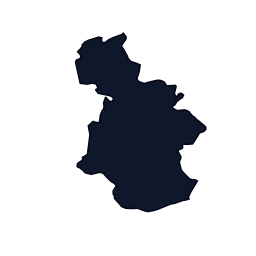 Hihya, Ash Sharqiyah, Egypt (Albers equal-area conic projection), rotated 50°
{"feature_id": "37247803B80618316463204", "entity_name": "Hihya", "entity_type": "district", "adm_level": 2, "iso_a3": "EGY", "parent_name": "Egypt", "parent_adm1": "Ash Sharqiyah", "projection": "albers", "projection_center": [31.584, 30.652], "detail": "fine", "context": "isolated", "style": "filled", "palette": "ink", "viewbox_px": 256, "rotation_deg": 50, "n_neighbors": 0, "source": "geoboundaries", "source_scale": "gbopen_adm2", "svg_char_len": 2972}
<svg xmlns="http://www.w3.org/2000/svg" viewBox="0 0 256 256"><g transform="rotate(50 128 128)"><path d="M221.6,126.8L219.8,126.3L217.3,120.9L213.2,108.9L211.0,109.7L210.1,110.6L209.7,111.0L208.8,112.3L206.1,113.6L200.7,114.0L196.9,114.3L195.6,114.2L194.3,114.2L186.9,110.5L185.3,107.3L184.0,106.0L179.4,105.0L177.4,104.5L177.5,104.1L177.5,102.7L178.4,99.7L178.4,99.2L177.1,97.9L175.9,97.0L175.9,96.6L175.9,96.1L179.0,92.6L179.9,91.3L181.7,88.7L178.8,79.3L178.0,77.6L178.1,74.9L178.5,74.5L179.4,71.8L179.0,69.2L178.7,68.9L177.7,68.3L176.9,67.8L174.3,68.2L170.7,69.0L169.4,69.0L166.4,69.8L165.4,69.9L162.8,70.1L159.3,70.9L156.3,70.9L154.5,70.8L151.9,72.1L151.0,72.5L150.5,73.1L149.6,74.2L147.8,76.9L146.5,79.0L144.6,79.8L141.6,81.1L140.8,80.2L139.5,79.3L140.4,77.6L139.2,74.0L139.2,73.1L139.2,69.6L139.7,66.9L138.8,64.9L138.5,64.3L136.3,64.7L135.0,65.5L134.5,67.7L135.7,70.4L134.0,70.8L132.2,70.7L130.5,69.4L130.2,68.8L130.1,68.5L127.1,64.4L126.3,64.4L125.8,64.4L124.9,65.3L124.5,66.1L120.4,71.4L118.2,70.9L115.6,70.8L112.5,72.5L110.7,74.2L107.6,79.9L104.4,86.9L99.5,89.9L96.4,89.8L94.7,87.6L92.2,83.5L87.5,78.1L87.0,78.5L85.4,79.1L84.8,79.4L83.5,80.2L80.8,81.9L79.5,82.8L77.3,83.2L74.7,83.1L72.1,82.2L69.5,81.7L64.7,80.7L62.1,80.6L61.2,80.6L60.4,78.8L59.5,76.1L58.7,72.6L57.0,70.8L52.3,70.7L52.6,72.0L51.2,75.9L50.3,78.6L49.4,80.8L48.0,86.0L47.9,89.1L47.5,91.4L47.4,91.8L44.8,92.6L43.5,91.7L42.2,90.3L41.7,91.6L41.3,90.7L40.1,91.6L39.5,92.0L36.8,98.6L35.4,101.7L34.9,103.9L34.4,105.6L34.5,106.3L34.8,109.6L36.1,110.5L36.2,110.9L36.9,114.1L36.9,115.9L37.3,117.6L37.7,117.6L40.8,117.3L43.8,118.7L43.7,121.3L42.8,123.5L43.4,125.2L43.7,125.7L48.3,128.2L55.6,132.0L62.3,135.5L63.1,135.9L68.5,130.7L69.8,128.1L70.6,126.7L70.8,126.4L72.5,125.1L73.9,124.2L74.8,124.4L77.8,125.2L78.2,127.0L77.9,128.0L78.7,128.4L80.4,128.4L82.2,128.5L85.7,125.9L87.1,124.6L89.3,122.9L91.5,121.2L94.6,119.9L96.3,120.4L97.2,122.2L97.1,123.1L96.7,124.4L94.5,125.2L93.6,125.2L91.0,125.1L90.1,125.6L91.4,127.8L93.0,130.5L94.3,131.4L96.1,132.3L96.5,133.2L97.8,134.6L98.2,136.8L99.2,138.7L100.3,140.8L101.1,141.7L104.5,145.4L105.4,145.8L105.7,146.1L103.2,148.9L100.5,150.6L100.5,151.9L100.8,155.4L100.8,157.0L108.6,161.4L115.0,168.3L118.1,171.7L122.2,176.2L121.2,181.9L122.5,181.9L123.3,184.6L122.8,187.7L122.8,188.6L122.8,189.5L123.8,190.8L124.1,191.3L125.4,191.7L127.6,190.5L129.8,190.1L131.5,189.7L134.2,189.7L135.1,189.3L135.9,188.8L136.4,188.5L138.6,186.7L139.9,185.9L141.7,182.1L142.7,180.2L144.0,178.0L144.7,177.4L145.4,176.7L148.4,175.9L151.5,176.0L155.4,175.6L156.4,175.5L158.1,175.3L160.7,174.4L162.0,174.0L164.7,174.1L166.7,179.9L168.9,181.7L171.5,182.2L173.2,183.6L182.8,183.3L184.1,183.4L186.8,181.9L188.1,181.3L193.5,175.2L195.4,172.5L195.5,172.4L197.1,171.3L199.7,170.0L203.7,167.5L205.0,166.2L207.3,162.2L208.6,159.4L209.1,158.3L213.1,146.0L213.8,143.8L215.6,140.8L216.5,138.6L218.8,132.4L220.7,129.4L221.1,127.6L221.6,126.8Z" fill="#0f172a" stroke="#020617" stroke-width="1.5"/></g></svg>